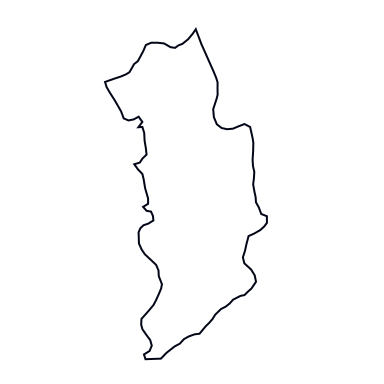 Axixá, Maranhão, Brazil (Robinson projection), rotated 352°
{"feature_id": "56859067B14905169969378", "entity_name": "Axixá", "entity_type": "district", "adm_level": 2, "iso_a3": "BRA", "parent_name": "Brazil", "parent_adm1": "Maranhão", "projection": "robinson", "projection_center": [-44.102, -2.845], "detail": "fine", "context": "isolated", "style": "outline", "palette": "ink", "viewbox_px": 384, "rotation_deg": 352, "n_neighbors": 0, "source": "geoboundaries", "source_scale": "gbopen_adm2", "svg_char_len": 1838}
<svg xmlns="http://www.w3.org/2000/svg" viewBox="0 0 384 384"><g transform="rotate(352 192 192)"><path d="M258.6,135.7L253.4,132.0L246.6,133.6L241.3,135.0L235.5,134.7L230.3,132.8L226.0,128.4L224.1,120.9L224.5,113.0L229.2,103.4L230.9,99.3L231.7,92.9L232.6,87.0L231.8,82.1L229.9,74.8L228.2,68.9L226.0,61.2L221.9,46.9L218.4,31.3L214.9,35.2L209.4,40.2L203.1,44.0L199.0,44.9L195.3,46.9L190.9,45.6L185.0,41.0L178.7,39.4L172.4,38.5L166.8,40.0L163.2,45.9L160.0,50.3L156.6,54.9L152.4,57.3L149.6,61.0L146.7,64.7L143.0,66.3L137.8,67.7L130.6,69.0L121.2,70.9L122.0,76.1L124.3,81.8L128.4,90.8L133.0,102.3L134.6,109.6L139.1,112.3L144.4,112.0L149.6,110.0L152.6,115.7L147.9,120.4L151.9,120.7L152.9,126.8L152.2,134.6L152.4,142.2L152.2,148.6L147.7,151.9L144.4,155.6L138.7,156.5L141.7,162.2L145.4,167.3L145.9,172.7L146.1,181.6L147.6,192.2L146.9,197.6L141.5,199.9L144.4,204.3L148.7,205.7L150.0,210.3L149.8,214.8L144.4,217.2L139.3,218.2L135.8,220.7L133.5,224.5L132.3,235.6L134.1,241.9L136.7,247.2L141.9,253.6L146.3,259.1L147.9,265.0L147.4,270.8L149.4,279.1L148.0,283.3L145.2,288.0L141.3,294.2L138.1,298.6L133.0,303.2L128.0,307.5L124.3,310.6L123.2,316.3L123.8,321.0L126.7,326.7L130.0,332.8L130.8,338.5L127.9,343.5L121.8,346.2L122.7,351.1L138.0,352.7L144.4,347.7L153.3,342.5L158.8,340.5L163.5,336.6L168.6,334.6L174.7,333.3L179.7,333.4L187.2,326.6L190.7,324.1L194.6,320.7L197.9,316.7L204.5,311.9L209.2,310.3L213.6,307.8L217.6,304.4L225.6,301.6L229.6,301.4L233.3,298.6L237.4,295.9L242.9,289.8L242.5,283.3L239.8,277.1L233.9,269.9L233.3,263.8L236.3,257.6L238.5,251.6L241.9,243.5L247.5,241.9L254.3,239.2L258.6,236.3L261.9,233.0L262.8,226.4L257.5,223.4L256.0,216.5L253.9,211.1L254.3,206.0L253.9,200.9L253.6,193.0L255.4,186.3L256.5,180.6L256.0,174.9L256.5,168.5L258.2,160.2L259.6,151.8L259.5,146.7L258.6,135.7Z" fill="none" stroke="#020617" stroke-width="2"/></g></svg>